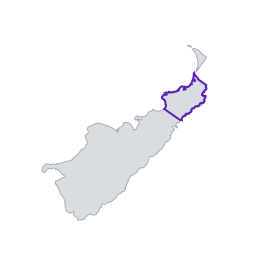 Santa Cruz highlighted on a map of Argentina, rotated 215°
{"feature_id": "ARG-1271", "entity_name": "Santa Cruz", "entity_type": "Province", "adm_level": 1, "iso_a3": "ARG", "parent_name": "Argentina", "parent_adm1": "", "projection": "mercator", "projection_center": [-69.587, -49.195], "detail": "fine", "context": "in_parent", "style": "outline", "palette": "violet", "viewbox_px": 256, "rotation_deg": 215, "n_neighbors": 0, "source": "natural_earth", "source_scale": "10m", "svg_char_len": 8375}
<svg xmlns="http://www.w3.org/2000/svg" viewBox="0 0 256 256"><g transform="rotate(215 128 128)"><path d="M156.6,68.1L155.4,70.4L155.7,71.8L154.5,75.4L154.8,76.1L153.9,77.8L154.2,79.6L153.7,81.4L153.9,83.6L153.6,84.3L152.7,84.5L152.2,87.6L152.9,90.7L152.3,91.3L153.4,93.5L156.9,95.4L158.7,97.4L158.8,98.3L157.8,99.5L157.7,100.6L158.3,102.0L159.2,102.9L160.9,103.5L161.1,105.5L160.8,106.8L157.6,111.6L156.9,113.6L153.9,115.7L146.1,118.2L139.9,119.1L136.4,118.9L134.1,118.0L134.3,120.7L135.5,121.5L134.9,121.5L135.4,122.0L135.1,124.3L134.4,124.7L133.8,126.6L133.8,128.2L134.5,129.6L133.8,130.9L131.2,132.3L128.0,132.6L122.1,130.4L122.4,130.1L122.1,129.9L121.1,130.4L120.7,132.3L121.4,135.2L121.2,137.8L121.5,138.6L123.6,139.6L123.5,140.6L124.2,140.8L125.7,140.5L125.9,139.7L125.1,139.4L127.2,138.7L128.0,139.8L128.0,142.4L127.7,143.2L126.0,143.6L125.6,143.5L124.7,141.6L123.9,141.3L121.6,142.3L121.3,142.9L124.7,144.2L122.2,145.7L120.2,148.2L120.2,152.8L119.7,154.2L118.4,155.4L118.1,156.3L118.6,156.8L118.4,157.7L115.8,157.4L113.9,158.9L112.2,159.4L109.1,164.8L109.5,167.5L113.0,171.4L117.4,172.5L117.9,173.8L117.8,175.3L117.2,176.3L115.6,177.2L117.0,177.2L117.6,178.0L109.7,185.2L108.7,187.4L108.2,191.9L107.6,192.8L105.9,193.7L104.8,192.8L104.0,191.1L104.0,192.4L102.5,192.9L104.3,193.0L105.2,194.1L102.7,195.8L102.0,197.3L101.7,199.4L100.7,200.6L101.4,200.4L102.1,204.6L100.2,204.9L102.6,205.6L105.3,210.4L105.1,210.8L105.0,210.3L97.8,208.1L88.3,207.8L88.3,207.1L86.2,204.5L86.7,202.7L86.3,201.1L86.8,199.7L86.5,198.0L85.7,197.4L82.6,198.4L81.0,193.8L81.1,191.4L80.6,189.8L81.2,187.9L82.7,187.8L83.2,185.7L85.2,184.1L85.2,182.1L86.4,181.0L86.7,180.0L85.7,177.5L86.5,174.8L88.6,172.8L88.4,170.2L89.6,168.9L88.7,165.5L89.9,164.1L89.3,163.3L89.3,161.6L90.5,161.1L91.2,159.2L90.0,157.5L87.9,157.0L87.8,156.1L91.6,156.1L92.1,154.7L91.9,153.9L89.0,153.5L89.0,151.7L89.6,150.5L89.1,149.4L89.3,148.3L88.6,146.7L89.3,146.0L87.4,144.4L87.4,141.7L87.9,141.0L87.6,139.6L89.3,138.3L88.5,135.7L88.7,130.9L88.4,129.7L89.5,127.7L89.0,126.4L89.7,125.5L89.5,123.1L90.3,122.9L91.0,118.8L93.1,117.6L93.6,116.8L92.1,111.7L92.2,109.8L91.9,108.9L92.3,107.8L92.0,106.2L92.6,104.3L94.1,103.5L94.2,102.8L95.7,101.5L95.7,98.4L95.0,96.8L95.8,96.2L96.3,93.8L97.4,91.3L98.3,90.8L98.1,88.0L98.5,85.5L97.2,85.0L97.5,83.2L97.1,82.8L96.8,80.9L96.0,79.2L96.0,78.4L96.4,78.0L95.5,77.3L94.9,75.8L95.0,74.4L95.2,73.4L96.2,72.7L96.0,72.1L96.8,69.2L97.9,69.1L98.4,68.1L97.8,67.5L98.0,65.8L97.5,63.4L98.5,62.2L99.3,58.4L101.6,55.8L103.1,51.7L104.3,51.6L105.6,50.7L104.3,48.0L105.2,46.3L104.3,42.8L104.6,41.5L105.3,40.7L104.5,39.4L104.7,38.3L106.0,37.1L110.2,35.2L111.9,29.8L111.0,28.9L113.3,25.8L114.9,25.3L115.6,23.7L117.8,25.2L121.5,25.2L123.3,25.9L124.7,28.9L126.6,24.8L131.7,24.7L132.7,26.2L134.7,27.8L136.1,30.1L140.3,33.7L145.8,35.5L149.1,38.0L153.0,40.0L155.0,40.5L156.5,42.0L156.8,43.1L155.9,43.9L155.3,45.6L154.2,46.5L153.8,47.5L153.9,48.9L151.8,51.6L151.9,52.5L154.0,52.3L159.0,53.4L161.4,53.3L162.2,53.8L163.5,52.6L165.6,53.1L167.0,50.9L168.4,50.5L169.9,49.0L170.6,47.2L170.9,43.3L171.7,43.5L173.1,43.0L174.3,43.8L175.4,47.1L175.1,50.2L174.6,51.5L173.1,52.2L172.2,53.1L169.9,53.8L168.6,55.5L165.6,57.3L165.8,58.3L164.8,58.2L159.8,64.9L156.6,68.1ZM104.1,230.9L104.2,213.1L106.0,216.5L105.1,216.3L104.8,217.9L106.4,218.3L107.1,220.4L110.5,224.3L115.6,228.2L120.6,229.4L119.2,231.4L114.3,232.3L111.3,231.3L104.1,230.9ZM122.6,230.6L124.1,229.9L127.1,229.8L123.2,231.3L122.6,230.6ZM136.2,120.0L136.1,120.6L135.3,119.7L136.2,120.0Z" fill="#d9dde1" stroke="#a8b0b8" stroke-width="1"/><path d="M88.5,173.0L88.7,172.9L88.8,172.7L88.7,172.4L88.6,172.2L88.2,171.9L88.1,171.7L88.4,171.5L88.5,171.3L88.3,171.0L88.3,170.5L88.4,170.3L88.4,170.1L88.8,169.9L89.2,169.5L89.5,169.4L89.6,169.2L89.6,168.5L89.6,168.2L89.3,167.1L89.3,166.9L89.3,166.3L89.3,166.1L89.2,166.0L88.6,165.5L88.5,165.4L89.1,165.3L89.2,165.2L89.4,164.8L89.8,164.4L109.2,164.4L109.0,165.1L109.0,165.6L109.2,166.7L109.3,167.2L109.9,168.4L110.3,168.8L110.7,168.9L110.8,169.1L111.0,169.2L111.2,169.3L111.3,169.3L111.4,169.5L111.5,169.7L111.8,170.1L112.0,170.2L112.5,170.8L112.8,171.2L112.9,171.4L113.4,171.6L113.5,171.6L113.9,171.6L114.0,171.7L114.3,171.6L114.6,171.8L114.8,171.8L115.0,171.8L115.7,172.0L116.3,171.9L116.5,171.8L116.8,171.8L117.1,172.0L117.4,172.2L117.4,172.3L117.9,172.8L118.0,173.8L118.0,174.2L117.9,174.9L117.4,176.6L117.2,176.6L116.5,176.6L116.2,176.9L115.7,177.2L115.4,177.4L114.8,177.4L115.1,177.5L115.3,177.5L115.6,177.3L116.0,177.2L116.4,176.9L116.6,176.8L116.8,176.7L117.2,176.8L117.4,177.6L117.5,177.7L117.8,177.8L117.7,177.9L117.7,178.0L117.8,178.0L117.5,178.1L117.4,178.0L117.2,177.9L117.0,178.0L116.9,178.1L116.9,178.3L117.0,178.3L117.0,178.5L116.9,178.6L116.9,178.8L117.0,178.9L117.1,179.0L116.9,179.2L116.7,179.2L116.4,179.2L116.2,179.3L116.0,179.5L115.9,179.7L115.5,179.9L115.4,180.1L115.2,180.3L115.0,180.7L115.1,180.9L114.5,180.9L114.4,181.0L114.5,181.1L114.5,181.3L114.3,181.4L114.1,181.4L113.6,181.5L113.4,181.7L113.1,181.8L112.8,182.1L112.7,182.3L112.6,182.6L112.3,182.7L112.0,182.8L111.7,183.0L111.4,183.2L111.3,183.4L111.2,183.7L111.0,183.9L111.0,184.3L110.7,184.5L110.4,184.6L110.0,184.9L109.3,185.7L109.2,185.9L109.1,186.4L108.9,186.5L109.0,186.8L108.8,187.0L108.7,187.2L108.7,187.4L108.6,187.5L108.4,187.6L108.6,187.8L108.3,188.0L108.2,188.3L108.5,188.4L108.7,188.0L108.7,187.8L108.7,187.7L108.8,187.5L108.9,187.4L109.0,187.4L109.0,187.5L109.0,187.9L108.8,188.3L108.6,189.5L108.5,190.5L108.4,191.3L108.3,192.0L108.0,192.6L107.7,192.9L106.8,193.6L106.4,193.8L105.9,193.8L105.5,193.8L105.4,193.5L105.2,193.3L105.0,192.8L104.8,192.6L104.7,192.5L104.6,192.3L104.5,191.9L104.3,191.7L104.1,191.1L103.9,191.0L103.6,190.9L103.9,191.1L104.0,191.2L104.0,191.3L104.3,191.9L104.4,192.2L104.4,192.4L104.2,192.6L103.8,192.7L103.6,192.7L103.3,192.7L103.0,192.6L102.8,192.8L102.7,192.9L102.3,193.0L102.8,193.0L103.0,192.9L103.5,192.8L104.0,192.9L104.4,192.7L104.5,192.8L104.7,193.0L104.7,193.4L104.8,193.5L105.0,193.7L105.2,193.8L105.3,193.9L105.5,194.0L105.4,194.2L105.1,194.4L103.7,195.1L103.4,195.2L103.4,195.3L103.2,195.3L103.0,195.5L102.9,195.6L102.5,196.1L102.0,197.1L102.0,197.4L101.8,198.0L101.7,198.5L101.8,198.8L101.8,199.2L101.8,199.5L101.4,199.9L101.2,200.2L100.7,200.5L100.5,200.8L100.4,201.0L101.0,200.5L101.5,200.3L101.6,200.2L101.6,200.4L101.7,200.5L101.9,201.8L101.9,202.0L102.0,202.2L102.0,202.5L102.1,202.8L102.6,204.2L102.6,204.5L102.5,204.8L102.3,204.7L102.2,204.7L102.1,204.8L101.9,205.0L101.6,205.0L101.1,204.7L100.6,204.6L100.4,204.7L100.0,204.8L99.8,205.0L99.5,205.2L100.5,204.9L101.0,204.9L101.7,205.2L101.6,205.4L101.4,205.6L101.5,205.6L101.9,205.4L102.3,205.1L102.5,205.1L102.7,205.3L103.0,206.2L103.2,206.5L103.6,207.4L103.9,208.1L105.4,210.4L105.5,210.6L105.4,210.7L105.2,210.9L105.2,211.0L105.1,210.9L105.0,210.7L105.0,210.4L104.4,210.2L104.2,210.1L103.3,209.9L102.4,209.4L101.4,209.1L100.1,209.1L97.9,208.1L88.5,208.0L88.3,207.8L88.3,207.5L88.4,207.2L88.2,206.9L87.8,206.3L87.4,206.0L87.2,205.9L86.8,205.7L86.7,205.7L86.6,205.1L86.5,204.8L86.1,204.8L86.0,204.6L86.1,204.4L86.5,204.0L86.5,203.7L86.6,203.4L86.6,202.8L86.6,202.7L86.9,202.3L86.9,202.2L86.5,201.8L86.3,201.6L86.2,201.4L86.2,201.2L86.5,200.7L86.8,200.5L86.9,200.1L86.9,199.5L86.9,199.2L86.5,198.6L86.5,198.4L86.7,197.9L86.3,197.5L85.7,197.4L85.5,197.5L85.2,197.9L84.9,197.8L84.6,197.6L84.4,197.5L83.8,197.9L83.7,198.0L83.3,198.4L83.1,198.6L82.9,198.7L82.7,198.7L82.5,198.3L82.5,198.0L82.5,197.7L82.2,197.3L82.1,197.2L82.1,196.6L82.1,196.1L82.1,195.6L82.0,195.4L81.8,194.9L81.7,194.7L81.4,194.5L80.8,194.0L80.8,193.8L80.8,193.5L81.1,193.1L81.0,192.8L80.6,192.4L80.8,192.1L80.8,191.8L81.1,191.5L81.2,191.3L81.2,191.1L82.4,190.6L83.1,189.6L83.1,189.1L83.0,188.7L82.8,188.4L82.8,187.8L82.9,187.5L82.6,187.5L82.5,187.3L82.5,187.1L82.9,186.6L82.9,186.2L83.0,186.0L83.3,185.5L83.5,185.3L83.7,185.2L84.2,185.2L84.4,185.1L84.6,185.0L85.2,184.3L85.3,184.1L85.4,183.9L85.4,183.6L85.3,182.8L85.2,182.4L85.2,182.1L85.4,181.6L85.8,181.4L86.1,181.3L86.1,181.2L86.4,180.9L86.5,180.9L86.6,180.4L86.7,179.9L86.5,179.1L86.5,178.9L86.3,178.8L86.2,178.8L86.2,178.6L85.9,178.4L85.7,178.2L85.5,177.8L85.7,177.4L85.9,176.6L86.4,175.8L86.5,175.6L86.6,175.0L86.6,174.9L86.4,174.7L86.6,174.3L86.8,174.3L87.1,174.3L87.3,174.2L87.8,173.5L87.9,173.4L88.0,173.2L87.9,172.9L88.0,172.7L88.4,173.0L88.5,173.0Z" fill="none" stroke="#5b21b6" stroke-width="2"/></g></svg>